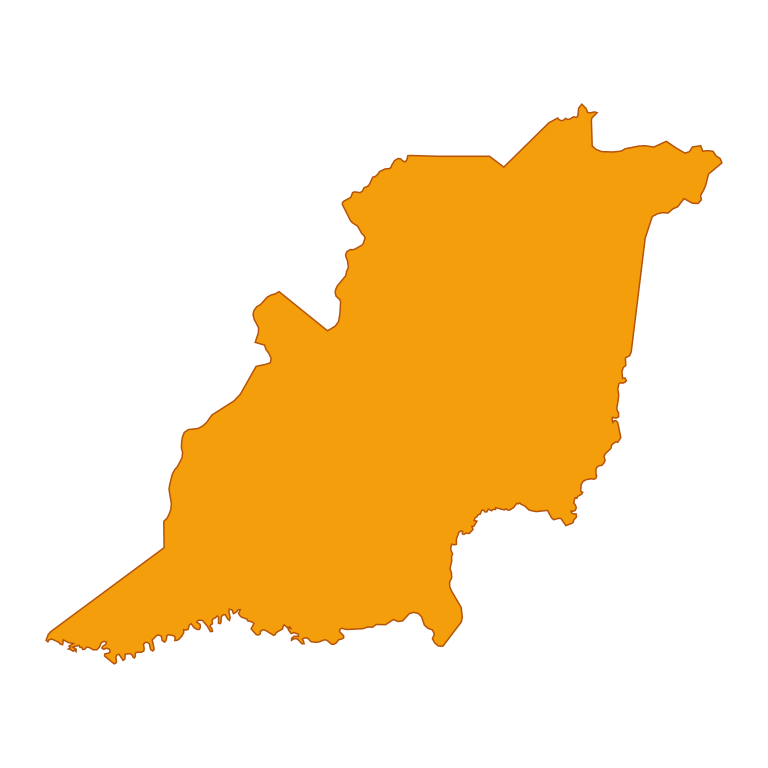 the district of Careiro, Amazonas, Brazil
{"feature_id": "56859067B42017878754183", "entity_name": "Careiro", "entity_type": "district", "adm_level": 2, "iso_a3": "BRA", "parent_name": "Brazil", "parent_adm1": "Amazonas", "projection": "mercator", "projection_center": [-60.25, -3.748], "detail": "fine", "context": "isolated", "style": "filled", "palette": "amber", "viewbox_px": 768, "rotation_deg": 0, "n_neighbors": 0, "source": "geoboundaries", "source_scale": "gbopen_adm2", "svg_char_len": 6101}
<svg xmlns="http://www.w3.org/2000/svg" viewBox="0 0 768 768"><path d="M652.3,216.5L657.5,213.8L662.2,212.7L668.2,213.0L672.9,208.8L677.7,206.8L684.0,198.6L692.4,203.2L698.0,203.5L701.4,199.8L700.6,195.4L703.7,190.0L705.8,184.9L708.5,174.1L721.9,162.9L720.1,158.5L716.0,155.9L713.1,151.4L707.5,150.6L702.8,151.2L700.7,145.7L692.4,147.0L689.4,151.7L684.9,153.1L676.1,148.0L666.3,141.3L653.7,147.1L645.0,145.7L638.6,146.1L625.1,148.8L621.2,151.1L613.0,152.0L601.6,151.6L596.0,149.4L592.2,145.9L591.4,119.9L592.0,117.9L597.1,112.7L594.7,111.9L589.7,112.9L587.7,112.4L586.0,108.4L581.8,104.2L578.7,108.0L577.8,116.1L576.4,117.4L573.5,116.8L569.4,119.3L567.6,119.4L565.4,118.4L563.4,120.4L561.0,120.6L559.0,119.6L557.7,118.0L548.9,122.8L503.8,167.1L489.5,156.3L439.3,156.3L410.2,155.5L407.8,155.6L406.9,159.9L405.2,161.9L402.5,160.8L400.8,158.9L398.1,158.5L394.5,160.6L391.8,165.1L390.9,167.5L389.2,168.6L385.2,168.9L379.5,171.6L378.0,174.0L375.2,176.6L372.8,177.1L369.4,184.3L368.1,186.1L364.2,187.6L362.3,191.2L360.2,192.6L354.4,191.9L352.6,192.6L350.8,197.4L344.0,201.0L342.5,202.5L342.4,204.6L350.8,221.2L353.4,223.5L357.5,226.0L361.8,233.6L363.9,235.4L365.1,237.9L363.0,244.0L361.7,245.3L354.9,249.1L352.6,249.9L350.1,249.6L347.0,251.5L345.7,254.3L345.7,256.2L347.5,260.9L348.3,267.0L347.8,268.8L346.6,271.3L345.8,275.6L337.3,285.9L335.6,289.7L335.2,292.3L336.0,296.1L339.8,299.7L340.6,302.0L339.9,313.9L338.6,321.4L335.3,326.1L327.5,330.8L279.0,291.6L275.4,293.8L271.1,295.0L267.0,297.3L260.7,304.4L256.7,306.7L253.9,310.7L253.0,314.4L254.2,319.4L258.6,327.8L258.3,333.0L255.2,342.4L264.6,345.1L265.9,349.4L269.0,353.6L271.1,358.3L270.4,362.7L265.9,364.3L256.1,366.4L240.3,394.3L234.0,400.9L211.9,415.0L206.4,422.7L202.6,426.0L198.0,428.5L188.3,429.6L184.2,432.5L182.3,437.6L181.6,442.6L181.4,447.9L182.6,452.4L182.0,457.8L177.5,466.5L174.5,470.0L172.2,474.5L169.7,484.8L169.0,489.3L171.4,503.6L170.8,509.5L169.4,513.4L167.3,517.9L163.8,521.4L164.1,547.7L50.8,631.6L48.1,634.7L46.1,640.4L47.9,641.8L48.8,640.0L51.2,639.1L53.1,639.6L58.8,642.3L60.3,644.1L62.7,644.7L63.3,639.8L68.2,642.5L73.5,643.5L69.0,646.1L70.3,647.7L68.4,649.0L70.7,649.6L73.1,651.2L74.6,650.2L76.0,651.6L76.2,649.2L72.7,647.0L79.0,645.3L79.9,647.4L81.9,647.3L82.5,649.4L84.4,649.4L87.0,647.1L89.3,647.5L93.2,649.8L97.1,649.7L99.6,646.8L100.8,643.4L102.4,642.0L104.2,641.4L106.4,642.0L105.9,644.1L102.9,646.3L101.8,648.0L103.8,649.3L106.7,648.2L109.4,649.3L110.2,651.8L108.7,653.0L104.8,654.0L104.5,656.0L114.1,663.8L115.7,663.3L116.5,661.8L115.9,657.2L116.8,655.1L119.0,654.2L123.1,660.4L124.9,659.0L125.2,654.2L130.0,653.6L132.3,655.2L132.9,657.0L134.4,658.0L135.4,656.3L135.2,654.5L136.0,652.3L141.1,652.3L143.7,651.1L144.2,648.9L143.5,644.2L145.2,642.4L147.3,642.4L149.3,643.7L150.6,649.5L152.6,651.0L154.0,649.8L154.0,648.0L152.2,640.0L156.9,635.3L159.2,635.1L161.3,636.3L162.2,640.6L164.6,642.1L166.2,640.0L167.0,635.5L168.7,634.8L172.9,635.5L174.7,636.5L175.2,638.2L174.7,640.5L177.1,640.3L179.1,639.1L182.1,635.8L183.7,632.7L183.7,629.6L185.8,630.1L188.0,629.5L189.4,624.9L191.2,623.7L193.8,627.4L195.4,628.5L197.3,629.5L199.6,629.4L200.3,627.2L200.1,624.3L196.7,622.1L198.2,620.2L202.5,620.4L207.4,626.3L210.4,631.6L212.5,631.4L211.9,628.6L210.1,626.5L210.8,624.8L212.4,623.8L212.1,621.1L212.9,619.0L215.5,617.7L217.2,615.9L218.6,617.3L218.5,623.2L220.4,623.6L221.1,621.7L221.1,617.6L222.1,615.7L223.6,614.7L225.3,614.8L227.8,619.1L229.5,620.4L230.2,617.4L228.9,612.1L229.3,609.2L232.1,609.9L233.4,613.7L236.3,612.1L238.3,609.7L240.3,609.6L238.5,613.6L240.2,616.0L241.7,617.2L247.2,619.2L247.6,620.8L251.9,621.9L254.0,623.4L251.1,628.9L256.3,634.7L258.8,634.9L260.3,633.6L260.5,631.3L263.1,629.7L265.7,630.5L273.5,635.3L275.2,634.7L276.0,632.9L278.1,631.4L282.6,629.0L283.0,626.6L284.1,624.9L287.9,627.8L288.5,630.0L291.2,633.6L294.0,632.6L298.3,634.2L298.4,636.5L294.1,636.2L291.6,638.4L291.6,640.3L293.8,638.7L296.1,638.7L297.7,639.2L301.9,643.8L304.1,643.7L303.5,641.2L302.2,639.2L304.7,637.9L307.5,638.1L311.1,641.7L315.7,642.3L319.6,641.8L324.4,639.8L326.8,640.2L331.7,644.3L333.8,644.3L336.1,643.0L338.9,639.6L341.4,639.2L343.7,637.8L343.6,635.7L339.6,631.7L339.9,629.3L341.8,628.3L346.4,629.5L362.9,628.7L367.6,627.0L372.5,627.2L376.2,624.5L385.5,624.7L393.5,619.5L397.9,621.5L402.6,620.9L409.4,613.5L413.8,612.4L418.3,613.5L421.5,616.7L424.4,625.2L428.0,628.3L432.4,629.9L434.4,634.2L432.4,638.7L434.6,642.8L438.4,646.0L442.9,646.2L461.3,622.0L462.3,617.3L461.2,607.5L451.5,590.9L449.7,586.6L449.6,582.1L451.7,577.7L451.5,573.1L450.0,568.7L451.8,560.7L451.5,556.7L452.6,553.9L451.1,550.7L450.7,548.2L451.8,544.2L454.2,544.8L456.4,544.3L456.4,539.1L458.9,532.3L460.7,531.0L462.5,531.3L462.3,533.8L463.9,534.5L466.1,533.1L469.2,533.5L473.0,529.5L471.9,526.4L473.8,526.4L476.9,521.1L474.1,520.6L475.1,517.9L477.1,516.5L478.1,514.7L480.1,514.2L481.9,510.3L483.8,510.2L484.8,511.9L486.8,511.9L488.3,509.1L491.5,510.8L493.5,509.3L495.6,509.5L495.6,507.7L504.2,509.9L506.0,508.8L507.3,510.0L509.5,510.1L513.6,507.6L516.7,503.4L518.3,503.9L519.8,502.8L521.2,504.4L524.5,505.8L528.9,509.9L531.0,510.6L536.3,511.6L547.4,510.4L551.6,517.9L553.6,519.7L558.8,518.3L561.1,518.7L565.8,525.6L571.9,523.3L573.2,522.3L573.6,520.3L576.5,516.9L576.2,514.0L573.6,513.9L571.5,512.9L571.1,511.1L573.2,511.3L575.2,510.4L576.3,507.9L575.6,505.4L573.7,502.7L575.0,497.8L576.9,498.3L577.7,496.4L581.6,494.2L582.7,492.4L580.7,491.2L581.2,484.5L583.1,481.4L586.3,479.6L591.3,478.8L593.9,479.2L595.8,478.4L596.7,475.9L596.0,473.8L596.0,469.1L596.9,467.3L599.0,465.7L601.7,465.4L604.1,462.8L605.1,460.4L604.0,456.2L605.4,453.7L610.9,448.4L611.9,444.5L615.7,441.9L617.7,442.3L620.8,437.7L617.8,422.8L616.1,420.8L614.2,420.7L612.9,422.4L612.2,419.8L612.4,417.4L616.0,418.1L618.6,416.9L618.5,412.5L617.3,410.7L616.8,408.1L618.3,399.4L618.7,394.8L617.8,388.9L618.8,384.0L620.5,382.6L622.5,383.2L624.7,382.4L626.4,380.8L625.1,378.0L622.6,378.1L621.9,371.9L623.2,367.6L625.8,365.4L625.4,357.9L629.6,355.7L631.2,352.0L645.2,238.1L652.3,216.5ZM287.9,627.8L289.8,626.8L290.8,628.5L287.9,627.8Z" fill="#f59e0b" stroke="#b45309" stroke-width="1.5"/></svg>